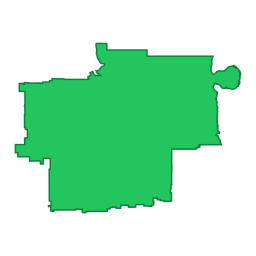 the district of Dalwallinu, Western Australia, Australia
{"feature_id": "25037944B57812572751517", "entity_name": "Dalwallinu", "entity_type": "district", "adm_level": 2, "iso_a3": "AUS", "parent_name": "Australia", "parent_adm1": "Western Australia", "projection": "equal_earth", "projection_center": [117.374, -30.13], "detail": "fine", "context": "isolated", "style": "filled", "palette": "green", "viewbox_px": 256, "rotation_deg": 0, "n_neighbors": 0, "source": "geoboundaries", "source_scale": "gbopen_adm2", "svg_char_len": 5536}
<svg xmlns="http://www.w3.org/2000/svg" viewBox="0 0 256 256"><path d="M24.6,138.9L24.7,144.6L15.4,144.6L15.4,152.8L17.9,152.8L17.9,156.8L29.6,156.7L29.6,161.1L40.4,160.9L40.4,164.0L43.2,164.0L43.2,158.3L50.2,158.3L50.3,169.1L50.2,169.2L49.2,169.2L49.3,201.0L51.1,201.1L51.2,205.6L48.6,205.6L48.6,206.5L50.6,206.5L50.6,211.0L52.7,211.0L52.7,211.4L53.7,211.3L53.7,210.0L75.6,209.9L75.6,209.2L77.9,209.2L77.9,209.3L82.3,209.3L82.3,212.6L85.5,212.6L85.5,211.9L86.9,211.9L86.9,211.4L107.2,211.4L107.3,210.9L107.3,208.9L108.7,208.9L108.7,208.7L110.1,208.6L110.1,207.4L112.5,207.4L112.5,207.1L116.1,207.1L116.1,208.2L120.6,208.2L120.8,205.3L128.4,205.3L128.4,207.2L135.5,207.1L135.5,206.5L136.2,204.6L143.6,204.5L143.6,205.7L144.8,205.7L144.8,206.0L148.6,206.0L148.8,206.3L151.7,206.3L151.8,205.0L153.5,205.0L153.5,203.5L153.8,203.5L153.8,201.2L153.0,201.2L153.0,198.1L156.4,198.1L156.5,198.2L157.4,198.1L157.4,199.7L160.3,199.7L160.3,200.6L164.0,200.6L164.0,201.4L170.6,201.4L170.6,200.7L171.5,200.7L171.5,192.9L170.5,192.9L170.5,188.9L171.0,188.9L171.0,184.9L171.6,184.9L171.6,171.5L171.8,171.5L171.9,166.7L171.7,166.7L171.7,165.3L171.7,149.1L196.0,149.1L195.9,147.9L196.0,147.7L196.4,147.3L197.0,147.2L197.3,147.8L197.4,147.6L197.2,147.4L197.4,147.6L197.6,147.5L198.7,147.4L198.9,147.5L199.1,147.4L198.8,147.3L199.6,147.2L199.2,147.1L199.1,146.8L199.6,146.8L199.4,146.4L198.9,146.1L198.8,145.5L199.4,145.1L199.7,145.1L200.3,145.5L200.1,145.3L200.9,145.4L200.4,145.2L200.2,144.9L199.9,144.9L199.8,144.7L221.3,144.7L221.3,144.3L221.0,144.0L220.7,143.8L220.8,143.2L220.4,142.0L220.2,141.9L220.3,141.7L220.4,140.9L220.2,141.2L219.9,141.1L220.0,140.9L219.8,140.7L219.9,140.1L219.7,139.7L219.0,139.3L218.7,138.6L218.8,138.3L218.2,137.2L217.9,136.1L217.7,135.5L218.0,135.1L217.8,135.2L217.3,135.6L217.0,135.5L216.9,135.2L216.7,135.1L216.2,135.2L216.6,134.0L217.0,133.5L217.6,133.4L218.5,133.5L219.2,133.3L219.4,133.1L219.5,132.5L219.4,132.0L219.3,131.8L218.8,131.5L217.7,130.2L217.8,128.8L217.8,128.3L217.9,127.8L217.8,127.4L217.8,126.8L217.5,127.2L217.5,126.5L217.4,126.4L217.6,126.0L217.6,125.6L217.8,125.5L217.6,125.3L217.3,123.0L217.3,122.4L217.2,121.4L217.2,120.5L217.1,119.3L217.1,118.2L217.4,116.4L217.3,115.8L217.4,115.1L217.3,114.5L217.5,113.7L217.4,112.8L217.5,112.2L217.5,111.7L217.7,111.0L217.4,109.3L217.6,108.5L217.4,108.6L217.5,108.2L217.5,107.6L217.3,107.0L217.3,106.7L217.2,106.5L217.1,105.5L216.8,104.4L216.8,103.1L217.1,102.6L217.1,102.4L216.7,102.5L216.9,101.9L216.6,101.4L216.4,100.7L216.4,100.1L216.1,98.9L216.2,98.2L216.8,95.9L216.9,94.6L217.3,93.5L217.2,93.3L216.2,93.8L217.2,93.0L217.3,92.7L217.3,92.3L217.0,92.1L216.8,92.2L216.7,91.9L216.3,91.4L215.2,90.8L214.4,89.8L213.8,89.1L213.6,88.7L213.4,88.1L213.4,86.7L213.8,85.8L214.0,84.9L214.5,83.8L214.8,83.6L215.5,83.6L216.1,84.0L216.4,84.0L216.0,83.8L215.9,83.7L216.2,83.6L216.8,83.8L216.5,83.9L216.6,84.0L216.8,83.9L217.0,84.0L217.0,83.8L217.2,83.7L218.5,84.4L218.9,84.5L220.4,85.7L221.0,86.7L221.8,87.6L222.4,88.1L223.6,88.4L224.0,88.4L224.4,88.3L224.7,88.0L225.7,88.0L225.9,87.9L226.0,88.1L226.4,87.5L226.7,87.5L226.9,87.8L226.9,88.0L227.3,88.4L228.0,88.6L228.7,88.6L229.8,88.3L229.9,88.5L232.1,89.2L235.0,88.7L235.6,88.3L236.7,87.1L237.0,86.8L237.0,86.6L237.1,86.3L237.6,85.7L238.2,86.1L238.3,86.0L238.4,85.8L238.5,85.8L238.6,85.3L238.4,85.4L238.1,85.3L238.5,84.3L238.4,83.8L238.5,83.7L238.8,84.2L238.7,84.4L238.8,84.9L238.8,84.5L239.1,84.0L239.0,83.8L239.2,84.3L239.5,84.1L239.5,83.6L239.1,82.9L239.1,82.3L239.3,82.1L239.7,82.1L239.8,82.4L239.9,82.1L239.7,82.0L239.8,81.9L239.7,81.8L239.3,81.6L239.1,81.0L239.5,80.3L239.5,80.1L239.4,80.3L239.2,80.4L239.7,79.4L239.7,79.2L239.9,78.8L239.7,77.9L239.8,77.4L240.0,77.3L240.6,77.3L239.7,76.9L239.5,76.6L240.1,76.1L239.6,75.7L240.0,75.3L239.8,74.9L240.5,74.4L240.0,74.2L239.9,73.9L240.0,73.7L240.4,73.4L240.5,73.1L240.1,72.9L240.0,73.2L239.5,72.9L239.5,72.6L239.9,72.4L240.1,72.5L240.2,72.2L240.0,71.9L239.7,72.2L239.3,71.7L239.7,71.5L239.8,71.1L239.2,70.8L239.4,70.3L239.2,70.5L238.6,69.5L238.0,68.8L237.1,68.2L236.5,67.6L236.6,68.1L236.5,68.4L236.2,68.4L235.7,68.0L235.6,67.7L235.8,67.4L235.9,66.9L235.9,66.5L235.7,66.3L234.6,66.1L234.7,65.8L234.4,66.1L234.1,66.2L235.0,67.0L234.4,67.1L234.1,67.0L233.7,66.7L233.0,66.6L232.9,66.4L233.3,65.9L233.4,65.7L231.4,66.3L230.6,66.4L228.4,67.1L227.6,67.8L226.2,69.2L225.3,69.9L224.6,70.6L223.4,71.0L222.5,71.1L219.2,70.8L217.0,71.5L216.6,71.8L214.9,73.9L214.1,74.3L213.3,74.2L212.5,73.7L211.6,72.5L211.0,69.5L210.9,68.4L211.1,67.7L211.2,67.0L211.7,65.3L211.6,64.9L211.8,64.3L211.8,62.5L211.7,61.9L211.8,60.4L212.0,59.6L211.9,59.1L212.8,56.8L212.9,56.2L147.0,56.2L147.0,50.0L106.8,50.0L106.8,43.5L96.3,43.4L96.0,44.6L96.3,47.9L96.8,49.8L96.8,50.7L96.4,52.8L96.4,53.6L96.8,54.8L97.4,57.2L98.1,58.8L98.5,59.2L98.7,59.7L98.4,59.5L98.6,59.9L99.1,60.3L99.9,61.9L100.6,62.8L101.5,63.5L104.2,63.9L104.6,64.6L104.2,65.5L103.7,66.0L102.1,66.5L101.3,67.1L99.2,69.9L98.5,70.4L97.8,70.4L97.0,71.1L96.2,70.9L96.5,71.4L96.8,72.6L97.1,73.1L97.7,73.5L100.1,74.8L100.7,75.5L94.3,75.4L92.6,71.4L89.9,73.0L90.9,75.2L87.8,77.1L88.8,79.4L65.8,79.4L62.9,78.8L54.4,78.8L54.4,78.7L52.1,78.7L52.1,79.0L52.0,80.0L52.2,80.6L49.5,80.6L49.5,82.1L42.4,82.1L42.4,83.6L40.3,83.6L40.3,83.0L28.2,83.1L28.2,82.8L25.1,82.8L25.1,82.6L24.4,82.6L24.4,84.2L23.1,84.2L23.1,83.4L19.3,83.4L19.3,91.4L24.9,91.4L25.0,104.3L24.5,105.1L24.5,106.3L24.9,106.3L24.9,114.8L24.5,114.8L24.5,127.5L25.4,127.5L25.4,129.2L27.4,129.9L27.4,137.8L25.1,137.9L25.1,138.9L24.6,138.9Z" fill="#22c55e" stroke="#15803d" stroke-width="1.5"/></svg>